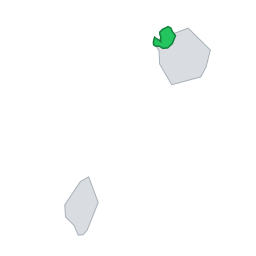 Saint Philip on a map of Antigua and Barbuda (Natural Earth projection), rotated 215°
{"feature_id": "ATG-5095", "entity_name": "Saint Philip", "entity_type": "Parish", "adm_level": 1, "iso_a3": "ATG", "parent_name": "Antigua and Barbuda", "parent_adm1": "", "projection": "natural_earth1", "projection_center": [-61.693, 17.064], "detail": "fine", "context": "in_parent", "style": "filled", "palette": "green", "viewbox_px": 256, "rotation_deg": 215, "n_neighbors": 0, "source": "natural_earth", "source_scale": "10m", "svg_char_len": 738}
<svg xmlns="http://www.w3.org/2000/svg" viewBox="0 0 256 256"><g transform="rotate(215 128 128)"><path d="M144.9,231.4L136.0,244.3L105.3,239.1L99.1,222.9L97.7,211.6L117.0,188.6L138.7,198.5L147.1,209.3L153.2,211.5L153.0,220.7L150.7,227.5L144.9,231.4ZM136.3,56.8L132.2,65.4L109.7,49.9L102.9,21.0L103.6,14.8L107.3,11.7L116.3,17.3L128.2,19.3L135.7,28.8L136.3,56.8Z" fill="#d9dde1" stroke="#a8b0b8" stroke-width="1"/><path d="M145.2,213.2L148.9,213.1L152.6,210.8L154.7,210.8L156.1,212.4L157.0,214.0L158.3,217.6L156.4,217.5L152.6,217.8L150.7,217.6L153.3,221.3L155.6,223.0L157.0,224.7L156.4,228.5L153.3,234.1L150.1,234.4L146.6,232.3L142.1,230.9L140.1,222.5L141.5,216.3L145.2,213.2Z" fill="#22c55e" stroke="#15803d" stroke-width="1.5"/></g></svg>